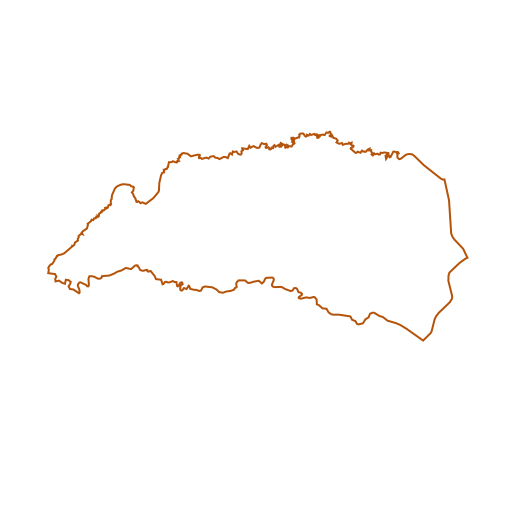 Sam Chai, Kalasin, Thailand, rotated 259°
{"feature_id": "78962969B80615329073531", "entity_name": "Sam Chai", "entity_type": "district", "adm_level": 2, "iso_a3": "THA", "parent_name": "Thailand", "parent_adm1": "Kalasin", "projection": "orthographic", "projection_center": [103.555, 16.912], "detail": "fine", "context": "isolated", "style": "outline", "palette": "amber", "viewbox_px": 512, "rotation_deg": 259, "n_neighbors": 0, "source": "geoboundaries", "source_scale": "gbopen_adm2", "svg_char_len": 6104}
<svg xmlns="http://www.w3.org/2000/svg" viewBox="0 0 512 512"><g transform="rotate(259 256 256)"><path d="M283.9,49.8L282.0,50.0L278.8,48.8L276.6,55.3L273.7,56.1L271.8,54.5L269.3,54.4L269.4,57.9L266.4,60.9L265.2,63.2L269.0,64.8L268.1,67.4L265.9,69.2L264.0,68.2L262.0,66.2L259.1,67.1L258.0,70.3L253.2,75.1L253.8,75.9L256.6,76.2L260.6,75.4L262.2,75.8L263.7,77.7L263.7,78.6L260.1,83.6L258.5,84.5L258.2,85.7L259.6,86.5L265.4,87.1L267.9,88.6L267.5,91.0L266.4,93.4L263.9,96.5L263.5,98.4L264.1,100.2L265.6,100.9L264.8,108.2L265.8,113.4L267.1,117.0L267.4,120.9L269.1,125.9L267.0,130.9L269.7,135.5L269.7,136.9L269.3,138.0L268.4,137.8L267.3,138.8L264.5,139.6L263.6,140.8L263.0,142.4L263.3,145.9L262.8,146.7L261.9,146.5L261.2,147.2L261.4,149.7L255.7,152.7L252.4,153.4L250.8,158.3L246.1,158.9L246.4,160.1L247.9,161.7L247.7,163.4L246.9,164.2L246.6,165.9L247.3,169.5L246.1,170.9L245.6,172.9L241.8,172.8L241.1,173.3L241.3,174.2L244.0,176.4L244.4,177.6L244.0,178.5L242.3,178.6L241.5,176.4L238.6,175.4L237.1,175.3L236.2,176.3L236.5,177.3L238.3,179.2L236.8,181.5L239.7,184.2L239.2,184.7L236.3,185.2L234.6,188.8L234.3,190.5L232.5,193.7L232.5,195.4L235.4,197.6L235.8,200.2L233.6,207.1L230.6,210.9L227.5,213.0L226.2,216.8L226.8,219.7L226.6,224.6L227.1,227.9L228.3,228.8L229.2,231.1L232.8,231.3L234.2,232.4L235.4,234.3L234.1,240.6L231.0,243.1L230.8,245.6L231.2,248.3L231.2,253.9L227.9,256.6L229.5,259.0L231.9,260.6L232.6,262.1L231.7,267.9L230.8,268.9L229.2,269.0L224.6,266.0L222.9,266.5L221.9,268.3L220.8,275.2L218.0,278.3L215.0,283.3L215.1,285.2L217.2,287.3L216.9,289.1L215.9,290.0L212.4,290.8L211.4,293.1L210.1,293.9L209.2,293.7L207.3,290.0L206.3,290.2L205.5,292.0L205.8,297.2L204.5,301.1L204.8,304.5L204.4,305.7L201.8,307.2L197.0,306.5L195.6,308.5L191.9,311.3L190.8,315.1L186.8,316.5L184.5,318.7L183.7,320.5L182.5,326.5L178.8,336.8L178.0,337.4L175.1,338.1L173.2,341.1L170.1,342.2L169.3,343.5L169.5,348.1L173.0,351.4L174.2,354.7L177.5,356.9L178.1,359.2L177.8,361.1L173.5,365.8L172.0,368.8L167.4,372.8L163.4,380.6L160.8,384.4L155.4,390.3L141.1,403.9L147.0,412.7L148.5,414.0L159.4,419.1L162.3,421.1L165.3,424.5L173.6,437.4L176.5,440.1L179.0,440.9L194.9,440.1L199.9,441.2L202.8,442.7L210.3,454.4L213.4,461.0L213.9,463.2L223.6,460.7L234.3,453.9L237.5,452.5L240.8,451.9L273.9,456.1L295.2,455.6L295.3,454.1L296.7,452.2L313.1,438.1L324.2,430.4L326.2,428.3L327.0,425.2L326.8,422.5L323.8,416.6L323.8,414.9L325.8,413.6L328.8,414.1L329.6,415.7L330.9,415.2L331.1,414.7L330.4,413.8L331.6,413.0L332.3,410.8L327.5,406.9L327.4,406.3L328.6,406.2L328.8,405.7L328.3,403.9L326.5,402.2L329.7,402.3L330.7,404.3L330.4,405.4L331.8,405.6L333.2,401.6L333.0,399.8L333.6,398.0L332.1,397.1L332.0,395.9L333.2,394.9L333.2,391.9L334.2,391.4L332.4,389.8L333.7,388.8L334.6,389.8L336.5,389.0L337.9,389.3L338.0,387.4L339.7,388.0L339.0,385.6L337.8,384.5L337.3,383.0L338.0,382.3L338.1,380.9L339.2,380.1L337.4,378.2L339.0,375.7L338.1,374.4L338.1,373.5L343.3,369.4L344.0,369.9L344.2,371.8L345.3,372.8L345.8,372.5L345.7,371.7L346.2,371.2L347.4,370.9L349.0,371.5L348.9,370.7L348.0,369.9L349.4,368.9L348.6,368.2L349.0,365.2L348.6,362.4L350.4,362.0L350.3,359.0L352.1,356.7L353.6,358.2L355.8,357.2L357.2,354.5L359.0,354.0L358.6,352.9L359.6,351.2L360.1,351.3L360.2,352.8L360.9,353.4L362.1,352.5L363.6,352.6L363.9,352.1L363.2,350.3L363.8,348.7L361.9,346.9L361.7,346.0L362.4,345.1L362.5,341.7L361.2,341.5L361.0,340.5L360.2,340.0L360.2,338.8L362.0,338.6L362.7,339.9L363.9,339.0L363.4,337.5L363.6,337.0L364.7,336.8L364.3,333.1L365.5,332.2L364.2,330.7L365.2,329.2L364.2,329.2L363.7,327.7L364.7,326.8L367.2,325.8L367.7,322.8L366.8,321.5L365.6,321.8L364.1,320.8L364.5,320.2L363.7,317.1L365.0,315.2L365.2,313.6L364.4,313.8L364.0,313.1L363.0,313.5L363.0,315.2L362.4,315.5L361.4,315.2L361.9,314.4L361.0,313.2L360.2,313.8L360.1,315.2L359.2,315.3L358.2,313.2L356.7,311.9L357.4,309.6L359.0,307.8L358.3,307.7L357.1,308.8L356.5,307.9L357.3,306.9L356.6,305.8L356.8,305.4L359.5,305.7L360.2,304.4L359.9,303.4L360.9,303.3L362.2,301.9L361.0,301.1L359.2,302.3L358.5,301.6L358.8,299.8L360.8,299.8L359.5,295.9L361.3,295.3L360.7,294.1L358.8,293.4L359.4,292.1L358.5,291.9L357.9,290.0L358.2,289.4L359.5,289.6L360.4,289.0L360.0,287.1L360.4,286.3L361.3,286.2L362.7,287.9L364.2,287.6L364.3,285.4L365.7,283.2L364.1,281.5L361.8,280.1L361.7,279.4L361.9,277.6L364.4,274.5L363.3,271.2L365.4,270.4L362.5,268.3L364.4,263.0L363.7,262.8L362.3,263.4L361.5,261.6L359.7,261.6L358.5,260.7L358.5,259.8L359.8,257.8L362.3,256.9L362.3,254.2L363.0,253.2L360.2,251.8L361.8,250.4L361.7,249.7L357.5,247.0L358.7,245.5L359.4,243.2L358.1,238.6L359.5,237.1L360.3,234.8L362.1,233.5L362.2,230.1L360.7,228.1L362.1,226.0L361.6,221.5L362.7,220.6L362.9,218.8L364.0,218.8L365.3,220.1L366.1,220.0L366.6,217.9L366.3,211.1L369.5,208.2L370.9,204.5L370.7,202.7L369.7,202.3L369.8,201.4L369.1,201.1L369.2,200.4L367.8,200.3L368.2,199.7L366.6,198.9L366.3,198.1L365.7,198.5L364.8,197.9L364.0,198.4L364.0,196.5L363.1,196.4L363.0,195.5L364.9,192.4L364.2,191.2L364.7,188.4L360.3,186.6L360.4,186.3L359.1,185.6L358.4,184.7L358.7,183.8L358.2,182.6L357.2,182.2L357.5,181.9L355.6,181.7L355.5,179.8L353.3,178.2L346.1,175.0L338.7,173.2L337.4,172.4L332.4,166.3L328.2,157.7L330.3,154.8L329.9,152.6L331.0,152.1L332.3,150.7L331.7,149.5L331.9,149.0L336.1,148.5L337.7,147.5L340.5,147.2L342.1,146.3L343.4,147.9L346.6,149.2L347.3,148.9L348.3,146.7L349.9,145.6L351.6,140.3L351.9,138.1L351.2,134.0L350.4,132.0L348.8,130.1L343.1,126.2L339.3,125.1L338.5,124.1L335.4,123.5L334.6,123.7L333.8,123.0L334.2,122.7L334.0,120.9L331.7,119.7L331.3,118.3L332.1,118.2L332.0,117.1L331.1,117.1L329.9,115.6L330.1,114.7L329.5,114.1L330.0,113.6L329.1,112.5L328.3,112.6L327.6,110.1L324.9,109.2L324.7,108.7L325.5,108.1L324.7,108.0L324.1,106.6L324.6,106.4L323.6,105.7L323.9,104.3L322.3,103.0L323.0,101.5L321.5,100.4L319.7,96.8L318.6,97.0L315.2,95.2L313.5,91.1L312.3,89.4L310.5,89.9L311.3,88.7L309.4,85.6L308.1,85.5L306.8,84.3L305.2,84.2L303.8,80.8L301.7,79.9L300.8,78.3L301.2,77.5L300.2,77.0L295.2,68.2L294.6,65.4L294.6,61.7L293.8,61.1L294.0,60.6L291.5,58.5L291.2,57.6L289.9,57.2L287.1,54.5L286.9,52.9L285.8,51.4L283.9,49.8Z" fill="none" stroke="#b45309" stroke-width="2"/></g></svg>